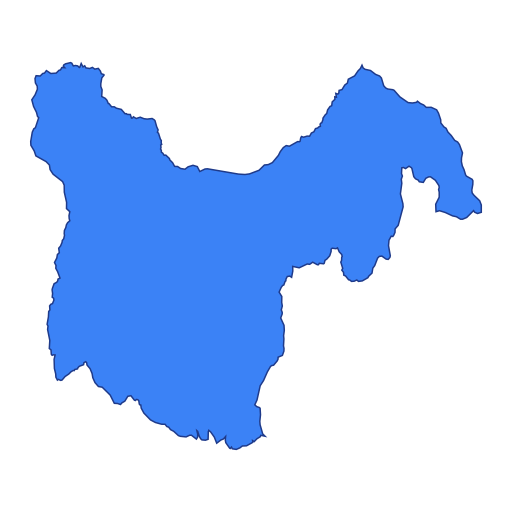 Curití, Santander, Colombia (Equal Earth projection)
{"feature_id": "7082276B68920496479863", "entity_name": "Curití", "entity_type": "district", "adm_level": 2, "iso_a3": "COL", "parent_name": "Colombia", "parent_adm1": "Santander", "projection": "equal_earth", "projection_center": [-73.025, 6.613], "detail": "fine", "context": "isolated", "style": "filled", "palette": "blue", "viewbox_px": 512, "rotation_deg": 0, "n_neighbors": 0, "source": "geoboundaries", "source_scale": "gbopen_adm2", "svg_char_len": 5927}
<svg xmlns="http://www.w3.org/2000/svg" viewBox="0 0 512 512"><path d="M103.9,74.6L101.3,73.7L100.4,71.1L98.3,68.4L94.8,69.1L92.4,67.4L89.7,68.5L85.9,67.9L84.7,65.8L83.0,66.9L81.2,63.5L79.8,67.2L79.3,67.5L77.7,65.9L75.5,65.5L73.3,65.9L71.8,63.2L70.6,62.6L65.6,63.8L63.8,64.9L63.3,66.2L64.7,67.7L61.8,67.6L60.5,69.9L59.0,70.3L56.2,73.1L50.8,73.5L46.4,70.6L44.5,73.1L42.7,73.5L40.2,76.0L36.1,75.7L35.0,78.6L35.4,82.9L37.2,86.1L37.4,89.2L35.1,94.8L31.8,99.8L33.6,106.5L36.5,112.4L37.5,116.4L38.7,117.7L35.4,127.7L33.8,128.8L32.3,132.1L30.7,141.5L30.9,145.3L34.2,150.9L35.9,155.9L46.1,161.6L49.4,165.0L50.1,169.6L53.1,174.2L62.6,181.6L64.2,185.2L64.3,192.2L66.6,202.4L66.5,208.6L69.8,211.7L69.0,215.6L69.2,218.7L69.8,220.8L67.7,222.6L66.4,224.8L65.8,227.6L64.4,230.5L64.2,233.7L64.5,235.3L63.7,238.8L62.3,240.5L62.1,242.3L60.5,246.1L58.7,248.2L59.3,252.7L57.4,254.5L56.8,258.0L54.5,262.5L56.0,265.5L55.8,268.3L57.6,271.6L60.0,278.1L58.0,279.1L57.7,280.9L56.7,282.3L54.1,283.7L52.4,288.4L52.1,289.9L52.6,293.5L52.2,297.2L53.6,298.2L53.9,300.1L52.5,303.6L50.8,304.3L49.6,305.9L49.9,309.9L48.7,311.5L48.4,317.0L47.1,324.3L48.0,326.1L47.6,329.5L49.8,340.5L49.3,348.5L51.0,349.9L51.3,354.2L51.7,354.9L52.2,355.3L53.3,354.8L55.1,355.0L54.1,359.3L54.4,368.5L55.7,373.9L55.9,377.2L57.4,380.1L58.3,379.4L60.8,380.4L62.1,380.0L65.1,376.5L68.8,374.0L71.0,371.8L73.1,370.5L74.2,370.6L74.7,369.5L77.5,368.9L78.0,367.6L79.3,366.3L83.6,364.7L83.9,362.7L85.7,361.7L86.7,362.8L87.0,365.0L90.1,368.7L92.1,373.6L92.8,377.7L95.0,382.6L98.4,386.5L102.2,387.2L110.2,395.1L114.3,403.3L117.6,403.5L120.5,404.5L122.0,402.8L124.8,401.2L127.8,396.3L130.9,395.7L134.4,400.2L135.5,400.5L136.3,399.5L137.1,399.5L138.3,400.1L138.8,400.8L139.3,404.1L139.8,404.8L140.8,405.0L141.2,408.1L143.9,413.1L150.5,419.9L155.4,422.5L161.5,424.2L165.1,424.3L166.8,426.5L168.7,427.2L170.5,429.6L173.7,431.3L178.4,435.6L180.3,436.3L186.1,436.9L189.5,435.3L191.4,435.2L196.4,439.1L197.6,437.2L197.7,434.1L196.9,430.7L197.7,431.4L199.2,436.1L200.6,438.7L201.9,439.9L205.5,440.2L208.1,439.3L208.3,431.6L208.8,430.3L210.7,432.0L214.3,437.1L216.7,443.2L220.9,440.0L223.4,439.0L225.6,436.5L225.3,440.1L225.8,442.7L229.6,448.1L230.2,448.5L231.5,447.1L232.3,448.8L236.3,449.4L240.0,447.8L242.3,446.0L246.5,445.8L252.0,442.8L252.8,442.2L252.6,440.6L254.2,441.6L256.9,438.8L260.3,436.7L260.8,435.3L265.0,436.2L262.7,433.9L260.1,424.8L259.8,421.3L260.5,414.8L260.1,408.3L259.5,407.6L256.7,406.6L254.8,404.8L257.0,400.0L260.2,385.7L263.5,380.6L267.4,371.8L270.5,366.5L271.6,365.6L273.6,365.2L277.2,360.9L278.0,359.2L278.1,357.2L282.4,355.4L283.9,351.1L284.0,348.4L283.5,345.9L283.9,338.9L283.6,335.7L284.3,330.4L284.0,325.3L280.7,318.0L282.2,313.9L282.2,312.3L281.3,309.9L282.3,306.0L281.7,302.5L281.8,296.5L279.1,292.1L281.2,287.4L282.6,285.5L283.8,285.0L285.1,281.4L285.8,280.9L286.0,279.0L287.3,276.5L289.8,276.1L291.6,277.3L292.8,271.0L292.7,266.4L299.2,267.8L307.2,264.0L309.7,264.3L312.7,262.2L317.3,264.7L318.5,264.7L319.3,263.3L323.6,263.8L324.2,263.3L325.0,260.3L326.8,259.1L329.7,255.8L331.1,251.5L331.1,249.2L332.2,248.2L336.0,248.7L337.5,247.9L339.2,251.8L341.7,254.5L342.2,256.5L341.7,257.2L341.6,260.3L340.8,262.1L342.7,268.4L341.8,270.1L343.5,272.3L343.8,275.2L345.6,276.0L348.6,279.8L349.6,279.9L351.5,281.4L354.2,281.2L356.8,280.0L358.5,281.4L362.3,280.9L367.9,277.7L368.6,276.3L372.0,273.1L372.8,268.2L374.7,265.6L377.6,258.1L379.3,256.4L381.9,256.1L386.1,259.1L388.2,259.4L389.9,257.4L390.3,255.8L388.5,245.7L389.0,240.2L391.2,236.2L392.8,236.5L393.7,235.3L395.0,232.4L395.1,228.9L398.2,225.3L403.1,206.9L402.9,203.7L400.4,193.9L401.8,183.3L401.3,179.2L402.4,176.1L401.5,173.6L401.8,167.8L403.5,167.5L405.5,168.6L409.0,166.2L411.3,167.6L411.9,168.5L413.8,176.7L415.5,178.8L418.2,180.1L419.3,181.8L423.3,182.4L425.8,178.3L428.6,176.9L430.5,176.8L435.4,180.3L438.9,185.6L439.2,187.4L438.6,189.6L439.2,192.1L439.2,197.2L435.7,204.2L436.0,211.7L439.5,210.7L445.3,212.5L452.6,215.9L456.4,216.7L460.5,219.2L462.6,219.2L466.7,217.5L473.6,210.6L474.6,212.2L477.5,213.5L481.3,212.3L481.3,205.0L479.7,200.8L474.0,195.3L472.2,193.0L471.8,190.1L472.8,184.4L472.9,180.8L472.1,179.3L466.4,176.1L465.6,174.9L464.0,169.6L462.3,165.9L461.4,161.6L461.5,157.9L462.5,152.9L459.4,144.5L457.6,142.0L454.7,140.4L451.3,135.6L447.9,132.0L446.1,128.3L443.9,126.9L440.8,122.9L440.7,119.8L438.5,113.2L436.6,109.8L431.2,107.3L426.3,107.4L423.7,105.0L420.4,103.5L417.4,101.2L416.6,102.3L412.5,103.0L408.1,102.6L399.9,96.9L394.1,90.3L392.8,89.7L387.7,89.0L385.6,87.9L383.7,85.7L381.4,78.0L379.6,76.0L375.6,74.4L370.5,70.5L365.0,69.3L363.1,67.9L362.0,65.2L360.4,68.5L358.1,70.8L354.6,75.9L348.3,79.2L347.4,83.1L344.8,85.0L342.0,89.6L339.1,90.4L338.8,93.1L337.8,94.1L335.8,93.4L336.4,97.2L334.8,96.8L334.9,99.3L332.2,101.9L331.7,105.7L330.0,106.5L327.6,109.9L326.7,113.6L325.4,114.6L323.0,118.1L322.9,119.7L321.8,122.7L320.6,123.3L320.1,124.2L320.4,126.3L318.6,127.0L317.7,128.0L315.5,128.6L313.9,131.8L311.4,133.0L309.6,136.2L307.1,136.1L303.6,137.2L301.5,136.5L300.7,138.0L300.1,141.2L299.5,141.7L297.6,141.6L289.4,146.2L286.2,145.6L283.3,147.6L280.3,151.6L278.4,155.4L272.4,162.6L268.3,164.6L264.4,165.0L259.0,170.3L249.5,173.9L245.0,174.5L238.5,174.1L207.5,168.8L205.0,169.0L199.8,171.5L197.3,166.6L193.0,165.3L188.1,166.8L185.0,169.2L180.6,168.5L177.6,166.5L174.6,166.4L172.6,162.7L169.8,159.9L169.4,158.5L165.8,155.1L164.2,155.3L162.7,153.1L161.4,152.2L161.3,150.2L160.5,149.0L161.0,147.7L160.7,145.0L161.7,144.4L161.2,142.9L161.3,140.5L160.4,139.2L158.5,133.2L157.4,132.3L158.1,129.9L156.7,126.8L155.0,120.7L154.2,119.8L152.1,118.5L147.2,119.1L144.0,118.7L140.2,117.2L136.2,118.5L133.4,116.8L132.6,118.0L131.5,118.1L130.3,114.5L127.2,114.4L126.5,113.7L125.0,113.7L121.3,109.4L116.4,108.2L114.3,106.8L111.6,106.8L109.0,103.6L108.3,103.5L106.9,100.2L105.2,98.3L101.7,96.5L102.1,89.9L100.8,86.4L100.8,83.7L101.8,77.9L104.0,75.2L103.9,74.6Z" fill="#3b82f6" stroke="#1e3a8a" stroke-width="1.5"/></svg>